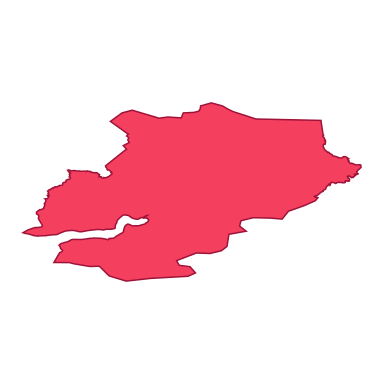 the district of Årdal nor, Sogn og Fjordane, Norway
{"feature_id": "86288312B26469823377508", "entity_name": "Årdal nor", "entity_type": "district", "adm_level": 2, "iso_a3": "NOR", "parent_name": "Norway", "parent_adm1": "Sogn og Fjordane", "projection": "robinson", "projection_center": [7.89, 61.286], "detail": "fine", "context": "isolated", "style": "filled", "palette": "rose", "viewbox_px": 384, "rotation_deg": 0, "n_neighbors": 0, "source": "geoboundaries", "source_scale": "gbopen_adm2", "svg_char_len": 5921}
<svg xmlns="http://www.w3.org/2000/svg" viewBox="0 0 384 384"><path d="M253.3,217.7L270.6,218.1L282.1,219.1L288.5,211.2L298.5,207.7L305.3,205.2L315.4,200.7L317.8,197.8L317.3,197.7L317.6,197.5L317.4,197.4L316.9,197.3L316.7,197.5L316.0,197.4L315.9,197.2L315.1,197.2L314.9,196.8L315.6,196.4L314.7,196.7L314.4,196.3L314.8,196.0L317.4,195.4L319.1,193.9L319.7,193.7L319.8,193.2L320.9,192.3L323.2,191.3L323.2,191.0L323.0,190.8L323.9,190.1L325.3,189.3L325.9,188.6L326.0,187.7L326.7,186.5L327.1,186.2L327.2,185.7L328.1,185.5L328.1,185.2L328.8,184.8L329.0,184.1L329.7,184.3L330.0,185.3L330.3,185.0L330.3,184.1L330.7,183.6L330.8,182.8L331.2,182.7L331.5,182.3L332.1,182.3L333.9,182.8L334.1,183.0L333.9,183.1L334.5,182.8L335.5,183.5L335.9,183.5L336.5,182.9L338.1,182.3L339.5,182.5L340.8,182.4L342.7,182.8L344.1,182.8L345.1,182.5L345.4,182.2L345.4,181.8L345.1,181.3L345.5,180.8L347.1,181.0L347.6,181.3L349.4,181.0L349.6,179.8L349.5,179.0L349.1,178.6L347.8,177.9L347.8,177.1L348.8,176.3L347.7,176.5L347.6,176.4L348.3,176.1L347.6,175.7L348.2,175.9L349.8,176.0L349.9,176.6L350.9,177.0L351.0,177.3L351.3,177.3L351.5,177.6L351.9,177.3L352.3,177.3L353.1,177.6L353.3,177.5L353.0,177.1L353.1,176.8L354.5,176.2L355.3,175.5L354.7,175.1L354.5,174.5L356.1,174.8L356.6,174.5L356.3,174.2L357.3,174.3L357.9,174.1L358.1,173.7L357.3,173.2L356.7,172.4L356.6,172.0L357.0,171.5L356.9,171.3L357.4,171.0L358.1,169.9L358.9,169.5L361.0,167.4L360.8,165.0L359.5,164.7L356.7,165.0L354.6,164.5L353.7,163.9L353.3,164.0L351.9,163.2L350.7,163.5L350.6,163.3L350.2,163.2L349.4,162.4L349.1,161.9L348.6,161.6L348.7,161.4L348.4,161.1L348.7,160.9L349.0,161.0L349.0,160.8L348.2,159.8L348.3,159.8L348.3,159.7L347.6,158.7L348.2,158.6L347.6,158.3L347.7,158.0L346.8,157.3L345.7,156.7L343.8,156.6L342.8,157.0L342.4,157.5L341.7,158.0L340.6,158.0L338.2,157.6L338.0,157.2L334.0,156.0L332.9,156.1L332.2,155.0L332.1,154.6L330.6,153.9L329.7,153.3L329.0,152.3L328.4,152.2L327.9,152.5L327.6,152.3L326.9,151.4L325.4,150.4L324.1,148.6L323.4,146.7L323.2,145.5L323.3,144.8L323.7,144.3L325.0,144.3L325.3,143.7L325.4,143.0L325.1,142.5L325.6,141.9L325.4,141.2L325.5,140.5L324.6,140.3L324.9,139.5L324.0,137.5L322.8,136.4L322.7,136.1L323.5,135.5L323.6,135.1L323.1,134.8L321.3,122.9L321.0,120.4L256.0,119.0L233.1,111.6L227.7,109.0L222.4,105.9L211.3,102.9L200.6,105.9L200.2,108.9L198.7,111.2L193.9,112.4L183.3,112.9L183.1,113.1L181.3,117.9L167.7,117.0L159.1,118.2L132.2,110.2L122.0,112.9L110.4,121.4L127.4,133.6L128.4,133.9L126.6,136.0L128.7,137.6L127.8,140.0L129.3,142.5L123.3,145.6L126.5,149.2L122.8,152.0L105.5,165.9L106.1,167.5L106.8,168.0L107.1,169.0L107.1,169.7L107.8,170.1L108.9,169.9L110.4,171.2L110.7,172.1L111.4,172.1L111.1,172.7L111.7,172.9L112.1,173.8L109.7,175.8L109.6,176.1L107.9,176.7L107.5,177.2L105.9,177.6L105.5,178.0L103.8,177.5L103.7,177.9L102.6,178.1L101.6,177.8L101.5,176.9L100.6,176.6L99.0,176.9L99.1,176.4L99.4,176.2L99.4,175.6L98.9,175.2L98.8,174.8L99.3,174.5L96.9,172.7L95.6,172.6L94.5,172.8L93.4,172.6L93.0,172.7L92.5,172.3L91.0,172.3L90.8,171.6L90.4,171.4L89.5,171.5L87.2,170.9L86.7,171.1L86.8,171.3L86.6,171.5L85.0,171.1L80.3,171.3L79.8,171.0L78.8,170.9L77.2,171.1L74.3,170.5L70.8,170.9L70.1,170.5L69.9,170.1L68.4,170.0L67.7,170.2L68.2,170.7L68.1,171.1L68.5,171.5L70.3,173.0L69.6,173.2L69.9,173.7L69.3,174.4L69.6,175.2L70.0,175.5L69.3,176.7L69.7,176.7L70.3,177.3L70.1,178.0L70.3,178.4L69.9,179.0L68.9,179.3L67.8,179.4L65.9,180.5L65.9,182.0L65.7,182.2L63.8,182.4L63.0,182.9L62.7,183.5L62.6,184.9L61.7,185.3L59.3,185.5L59.0,185.9L58.2,186.1L57.3,186.7L56.2,187.0L55.0,186.7L54.8,187.2L53.9,187.4L53.3,188.1L52.4,187.9L52.1,188.5L51.1,188.8L50.3,189.7L49.3,189.7L47.6,191.1L48.5,192.2L48.0,193.6L48.6,194.1L48.6,194.6L48.2,195.0L47.3,195.5L47.9,196.1L48.9,196.0L48.2,197.3L48.2,197.7L47.2,198.8L45.0,198.9L45.8,199.6L46.0,200.1L45.7,200.8L45.7,201.7L44.8,203.0L45.0,203.3L44.3,203.9L45.0,204.6L43.7,207.8L43.8,208.2L42.0,209.4L39.7,209.7L36.5,212.0L36.5,213.8L37.1,214.4L38.0,214.8L38.5,215.3L38.7,215.8L38.9,216.8L38.4,217.5L38.5,218.9L41.8,224.4L42.4,225.8L42.2,226.3L41.1,227.1L38.5,227.4L34.6,227.6L27.8,230.0L23.0,232.7L25.4,233.5L27.3,233.7L30.1,234.4L33.8,235.6L37.8,236.1L40.5,235.8L46.4,235.7L48.0,235.2L50.4,235.1L51.9,234.8L56.1,234.7L57.6,234.3L59.1,233.5L64.6,231.3L66.4,230.9L70.3,230.5L72.8,230.4L76.7,231.0L78.3,231.6L81.4,231.8L87.6,230.6L97.0,229.5L99.2,229.5L103.4,230.0L106.3,229.3L107.9,229.2L110.9,229.3L114.0,228.7L115.0,228.3L115.2,227.6L115.1,226.8L115.4,225.3L115.7,224.3L116.4,223.5L116.6,222.8L116.9,222.2L116.9,221.5L117.4,220.4L119.5,218.0L122.6,215.5L123.7,215.0L125.7,215.0L126.5,215.4L128.0,215.2L131.3,217.5L132.9,218.3L135.3,219.0L137.3,219.3L139.2,218.8L140.6,217.6L142.1,217.8L144.7,216.6L146.6,215.2L146.4,215.6L147.4,215.5L147.0,215.8L146.0,216.0L144.8,216.9L143.3,217.5L143.0,217.8L143.9,218.1L143.5,218.0L143.6,217.8L144.1,217.9L144.1,218.1L145.4,217.8L145.5,218.0L147.4,218.4L147.9,219.0L148.5,219.4L148.6,219.7L148.3,220.0L148.5,220.7L148.1,221.5L146.5,222.8L145.5,223.1L145.4,223.6L145.2,223.8L144.4,224.2L142.5,224.6L140.0,225.4L138.1,225.8L135.1,225.7L133.8,226.0L131.8,225.6L128.9,224.3L127.9,224.1L127.2,224.3L126.0,225.1L124.9,226.3L124.1,228.3L124.1,228.9L123.7,229.6L123.7,230.6L123.4,231.1L123.5,231.6L122.8,232.5L119.9,234.1L119.2,234.3L119.0,234.7L115.8,236.5L114.8,237.6L113.6,238.2L109.8,238.4L109.9,238.6L109.2,238.5L107.7,239.8L106.1,239.1L101.2,238.3L93.2,238.0L91.2,238.4L89.8,238.3L86.0,239.0L81.1,239.5L72.9,239.4L71.0,239.9L67.6,241.8L64.3,242.5L62.9,243.1L60.9,243.6L59.2,244.9L59.0,245.4L59.9,246.2L59.9,246.5L60.2,246.9L60.6,248.7L62.3,249.9L62.6,250.4L62.4,251.0L61.3,251.9L59.6,252.7L53.9,262.5L69.5,262.6L73.9,263.8L89.9,266.5L99.3,266.2L109.1,275.9L126.2,281.1L150.6,278.4L188.0,276.3L195.5,272.9L190.0,266.7L179.2,265.3L176.6,260.6L196.4,253.0L210.0,253.5L221.5,250.7L227.0,246.4L228.9,234.3L246.2,231.2L239.6,226.1L241.0,220.7L253.3,217.7Z" fill="#f43f5e" stroke="#9f1239" stroke-width="1.5"/></svg>